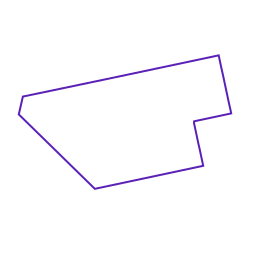 the District of Ghanzi, rotated 168°
{"feature_id": "BWA-1191", "entity_name": "Ghanzi", "entity_type": "District", "adm_level": 1, "iso_a3": "BWA", "parent_name": "Botswana", "parent_adm1": "", "projection": "natural_earth1", "projection_center": [20.983, -22.159], "detail": "fine", "context": "isolated", "style": "outline", "palette": "violet", "viewbox_px": 256, "rotation_deg": 168, "n_neighbors": 0, "source": "natural_earth", "source_scale": "10m", "svg_char_len": 598}
<svg xmlns="http://www.w3.org/2000/svg" viewBox="0 0 256 256"><g transform="rotate(168 128 128)"><path d="M24.2,180.2L24.2,175.5L24.2,167.7L24.1,159.8L24.1,152.0L24.1,145.2L24.1,138.4L24.1,131.5L24.0,124.7L24.0,120.8L33.0,120.8L41.9,120.8L50.8,120.8L59.7,120.8L61.9,120.8L62.4,119.1L62.4,117.3L62.4,114.6L62.4,112.0L62.4,109.4L62.4,106.8L62.4,104.2L62.4,101.6L62.4,98.9L62.4,96.3L62.3,93.7L62.3,91.1L62.3,88.5L62.3,85.9L62.3,83.2L62.3,80.6L62.3,78.0L62.3,75.4L63.0,75.4L173.1,75.4L232.0,164.0L224.3,180.6L141.2,180.3L24.9,180.2L24.2,180.2Z" fill="none" stroke="#5b21b6" stroke-width="2"/></g></svg>